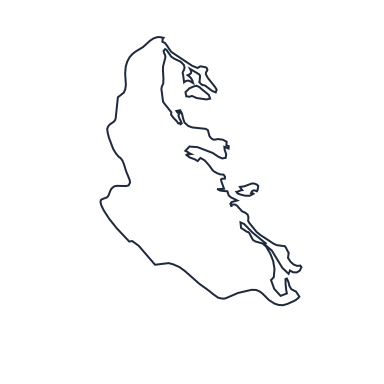 the border of Khánh Hòa, rotated 325°
{"feature_id": "VNM-479", "entity_name": "Khánh Hòa", "entity_type": "Province", "adm_level": 1, "iso_a3": "VNM", "parent_name": "Vietnam", "parent_adm1": "", "projection": "equal_earth", "projection_center": [109.201, 12.32], "detail": "fine", "context": "isolated", "style": "outline", "palette": "slate", "viewbox_px": 384, "rotation_deg": 325, "n_neighbors": 0, "source": "natural_earth", "source_scale": "10m", "svg_char_len": 4095}
<svg xmlns="http://www.w3.org/2000/svg" viewBox="0 0 384 384"><g transform="rotate(325 192 192)"><path d="M257.1,49.4L255.7,49.8L253.9,52.0L255.3,54.3L255.5,57.6L255.3,61.5L255.4,65.4L264.6,88.9L267.8,93.7L270.9,93.8L274.6,97.5L275.2,98.6L274.7,100.8L273.5,101.5L272.1,102.0L270.9,103.4L270.4,107.6L271.1,118.9L270.9,122.3L268.6,124.0L266.5,120.9L263.9,112.7L263.1,111.4L262.1,110.6L261.4,109.2L261.0,106.2L261.7,105.7L265.3,101.4L265.3,99.6L261.0,90.0L260.6,92.6L259.5,94.0L257.7,94.3L255.4,93.8L256.2,96.3L256.5,98.6L256.2,101.0L255.4,103.4L254.2,100.6L252.8,98.6L250.9,97.6L248.4,97.6L252.1,90.6L252.6,89.1L253.5,88.3L255.4,87.4L257.3,85.8L258.2,83.3L257.5,78.9L253.9,72.6L252.6,69.2L252.6,60.8L251.8,59.5L249.6,60.2L248.9,61.9L248.6,64.1L247.6,66.3L240.5,72.4L238.5,74.9L233.4,83.1L230.5,86.8L227.8,88.3L226.0,90.1L220.1,101.4L220.1,104.0L220.8,114.8L219.2,116.7L219.4,120.9L220.1,125.4L220.1,128.0L220.7,128.3L221.2,128.3L221.5,128.6L221.4,129.9L222.9,129.9L223.6,127.1L224.0,123.9L224.9,121.3L227.2,120.4L227.2,118.7L225.7,118.7L225.7,116.7L229.2,118.2L228.8,122.0L226.9,126.6L225.7,130.8L226.8,135.8L229.3,139.3L239.4,148.1L240.5,150.4L238.4,156.1L238.5,158.9L239.4,161.1L240.5,162.1L243.6,163.5L247.3,166.9L249.2,170.7L246.9,173.6L248.4,175.5L246.9,177.4L244.4,173.6L243.0,176.1L241.6,180.8L239.2,183.3L236.1,181.9L234.0,178.6L231.3,171.8L222.3,158.5L216.0,153.3L210.2,154.5L211.2,156.2L212.3,159.2L213.0,160.4L210.8,159.2L210.2,158.5L208.7,158.5L209.8,162.2L213.0,166.8L214.4,169.9L218.4,168.9L220.5,173.3L221.3,179.9L221.4,186.0L222.0,188.3L223.5,191.2L225.1,193.6L227.8,195.9L227.8,198.4L226.6,199.9L224.2,198.4L222.9,198.4L222.1,200.3L220.1,207.7L215.5,205.0L214.4,203.9L215.5,206.4L217.4,208.4L221.4,211.7L220.1,215.9L221.0,219.2L222.7,222.0L224.2,224.9L218.8,223.0L216.7,223.6L215.9,226.8L217.2,225.1L217.2,224.9L220.0,226.9L221.1,229.1L221.4,232.7L221.8,234.6L221.7,235.5L222.0,236.7L223.6,239.2L224.6,242.4L223.8,244.9L221.4,247.9L221.2,250.2L222.0,261.8L223.4,266.6L229.3,281.4L231.1,284.3L237.0,289.7L237.0,291.5L236.3,296.4L236.3,297.3L232.8,301.1L232.7,305.7L233.7,309.8L235.8,312.9L238.5,314.4L238.5,316.4L235.2,318.2L231.8,318.0L228.9,315.9L227.2,312.5L226.5,313.1L225.0,313.8L224.2,314.4L222.5,306.0L223.8,285.8L221.4,276.3L222.9,276.3L218.3,259.9L216.3,248.0L214.3,244.7L211.6,249.6L214.2,256.1L215.1,257.2L215.4,258.2L214.4,266.0L215.5,268.8L220.3,274.7L221.4,279.1L220.8,287.2L218.9,295.1L215.4,302.4L210.1,308.7L206.2,309.5L203.8,318.5L205.0,327.9L211.6,329.5L212.6,327.0L215.6,321.5L218.7,316.9L220.1,317.3L219.3,321.3L217.9,324.8L217.6,328.6L220.1,333.3L219.9,339.3L218.7,339.7L215.6,340.0L213.0,339.8L205.5,338.3L201.4,336.8L198.2,334.2L195.6,330.8L193.1,324.8L191.5,315.8L190.3,312.1L188.3,309.0L184.7,306.3L171.8,301.1L158.2,298.3L155.4,296.5L152.7,293.4L150.6,287.4L149.3,282.7L145.4,271.5L140.8,252.5L138.6,246.2L135.0,240.3L132.0,236.8L120.0,230.4L117.5,205.5L114.9,197.9L112.2,196.6L109.5,178.2L108.8,166.3L109.2,156.2L110.1,150.6L111.3,147.8L112.6,146.4L114.2,146.3L118.8,147.5L120.1,147.5L121.7,146.9L125.4,144.4L127.6,143.2L129.8,142.8L131.9,142.9L133.9,143.8L141.4,149.3L143.9,150.2L146.6,148.8L147.9,146.2L150.0,136.9L152.1,130.5L153.0,126.5L153.0,123.5L152.2,121.2L151.8,117.1L152.1,111.6L155.1,99.9L157.0,94.9L158.7,91.7L160.5,90.5L162.1,89.8L164.0,89.5L168.2,89.6L170.2,89.0L171.8,87.8L185.6,71.9L193.1,71.5L196.2,69.6L199.3,66.3L205.2,56.6L209.8,51.1L214.0,47.9L218.2,45.8L222.3,44.8L226.5,44.6L235.0,45.2L244.3,44.0L248.5,44.1L252.3,45.2L254.6,46.7L257.1,49.4ZM259.0,113.7L260.6,119.0L261.4,122.3L260.4,125.9L257.0,124.5L249.5,117.5L248.3,115.2L247.0,113.3L244.5,112.5L242.2,110.3L243.9,106.5L249.2,105.6L253.9,106.5L256.8,107.7L258.3,110.5L259.0,113.7ZM245.6,219.3L247.2,220.2L248.4,221.5L249.3,223.1L249.8,224.9L248.9,226.0L246.6,228.1L245.6,228.7L244.5,226.9L243.2,225.9L241.6,225.8L239.8,226.8L240.4,227.4L240.7,227.4L240.9,227.6L241.3,228.7L237.2,228.2L233.4,225.5L230.4,222.1L228.5,219.3L228.5,217.4L229.8,218.0L232.8,218.6L234.2,219.3L234.1,218.3L234.2,215.3L238.0,217.3L245.6,219.3Z" fill="none" stroke="#1e293b" stroke-width="2"/></g></svg>